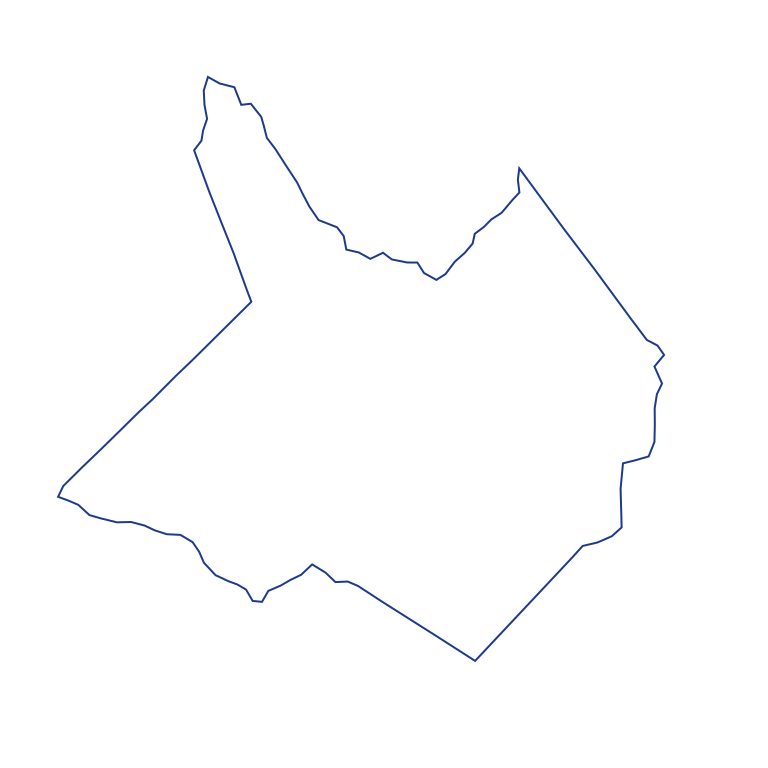 outline of Moreno, Pernambuco, Brazil, rotated 198°
{"feature_id": "56859067B71614390474260", "entity_name": "Moreno", "entity_type": "district", "adm_level": 2, "iso_a3": "BRA", "parent_name": "Brazil", "parent_adm1": "Pernambuco", "projection": "mercator", "projection_center": [-35.132, -8.15], "detail": "fine", "context": "isolated", "style": "outline", "palette": "blue", "viewbox_px": 768, "rotation_deg": 198, "n_neighbors": 0, "source": "geoboundaries", "source_scale": "gbopen_adm2", "svg_char_len": 1534}
<svg xmlns="http://www.w3.org/2000/svg" viewBox="0 0 768 768"><g transform="rotate(198 384 384)"><path d="M646.3,621.6L646.1,607.4L641.0,594.0L634.2,581.5L634.4,569.1L632.8,559.0L636.8,547.6L609.6,512.8L590.7,489.9L567.5,462.0L544.4,432.2L535.6,421.2L567.1,360.1L573.1,348.5L578.3,338.8L584.3,327.7L599.3,298.1L608.2,282.1L631.2,237.9L645.7,210.8L657.5,187.9L659.1,176.0L648.3,175.6L637.4,174.6L623.6,168.3L611.8,168.7L595.3,169.9L581.9,174.6L567.9,175.4L557.2,174.0L544.2,174.0L531.0,177.6L517.1,174.4L507.9,167.3L500.1,158.4L485.1,150.1L471.2,148.4L461.4,148.0L451.6,145.8L441.9,137.1L432.7,139.1L430.1,151.5L419.9,160.4L412.5,168.7L403.8,177.0L396.6,190.2L381.2,186.5L369.0,180.6L357.5,184.9L346.3,183.9L319.4,176.6L256.1,160.4L211.8,148.8L159.8,259.2L150.6,278.9L145.0,291.4L132.2,299.1L120.3,309.6L113.7,321.0L117.3,331.3L126.6,357.4L132.2,382.4L121.3,389.2L109.9,396.9L108.9,412.5L113.7,428.5L119.1,444.7L121.3,458.7L119.7,470.3L132.2,484.2L126.6,498.2L135.8,505.1L147.6,507.1L170.7,523.3L199.5,544.0L219.0,558.0L260.9,587.1L322.0,630.9L319.8,619.6L314.4,608.0L318.8,598.5L325.1,583.1L332.7,573.8L337.5,564.3L344.1,554.9L343.1,545.0L347.7,533.7L354.5,522.1L359.5,507.5L366.4,499.2L380.2,501.9L389.8,509.8L399.6,506.7L415.1,504.9L425.5,508.5L435.7,498.8L448.6,501.3L461.4,500.2L468.0,512.2L477.0,518.5L496.9,519.7L509.7,529.6L519.7,539.3L528.8,548.7L544.4,561.2L559.8,573.8L571.5,581.9L577.7,591.8L583.3,600.1L597.3,609.4L606.0,605.4L618.0,620.0L633.2,619.0L646.3,621.6Z" fill="none" stroke="#1e3a8a" stroke-width="2"/></g></svg>